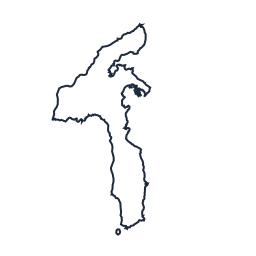 Dompu, Nusa Tenggara Barat, Indonesia, rotated 225°
{"feature_id": "22746128B31420255543838", "entity_name": "Dompu", "entity_type": "district", "adm_level": 2, "iso_a3": "IDN", "parent_name": "Indonesia", "parent_adm1": "Nusa Tenggara Barat", "projection": "natural_earth1", "projection_center": [118.191, -8.494], "detail": "fine", "context": "isolated", "style": "outline", "palette": "slate", "viewbox_px": 256, "rotation_deg": 225, "n_neighbors": 0, "source": "geoboundaries", "source_scale": "gbopen_adm2", "svg_char_len": 5970}
<svg xmlns="http://www.w3.org/2000/svg" viewBox="0 0 256 256"><g transform="rotate(225 128 128)"><path d="M187.3,80.7L186.6,81.2L186.7,82.1L186.1,82.9L185.1,82.6L184.8,83.3L183.9,83.8L183.2,84.7L181.4,85.3L180.8,86.7L176.8,88.4L176.7,90.1L177.1,91.2L176.8,92.3L177.0,93.1L176.5,94.1L175.4,94.7L174.2,94.7L172.4,95.5L171.8,96.0L171.5,97.5L171.0,98.4L170.5,98.2L170.5,97.7L169.5,96.7L167.8,97.0L167.3,97.6L167.6,99.1L167.2,100.2L167.5,100.8L167.0,101.3L166.2,101.2L165.1,100.0L165.4,101.3L164.1,102.2L163.9,102.9L164.0,103.6L165.0,104.5L164.5,105.4L165.1,106.2L164.7,107.0L164.5,108.3L165.1,109.5L163.8,109.6L162.8,110.8L162.5,110.8L162.4,112.4L161.5,112.6L161.5,113.3L160.7,114.4L159.7,114.5L159.4,115.0L157.8,115.9L156.8,116.0L156.0,116.6L155.0,116.0L154.3,116.1L153.7,115.5L151.1,116.4L150.6,117.0L149.3,116.3L147.6,116.2L146.8,116.6L143.9,116.0L140.3,112.1L138.3,111.3L137.1,111.4L136.2,110.3L134.8,109.6L133.2,109.6L132.1,107.6L131.9,106.2L127.9,105.1L125.6,103.7L122.7,100.2L117.5,97.2L115.1,94.9L112.4,88.8L111.4,87.3L109.3,85.9L106.5,84.7L102.2,81.8L100.0,79.4L98.7,77.0L96.0,74.1L94.6,71.2L93.0,70.3L92.6,69.4L91.9,70.2L90.5,69.9L89.5,70.6L86.9,69.9L85.9,70.9L84.4,71.0L80.2,69.4L76.4,66.0L73.7,64.0L71.4,60.9L69.2,60.4L68.7,59.6L67.3,58.7L64.8,54.8L62.0,55.6L60.2,57.3L59.1,56.7L58.9,55.4L58.1,56.1L57.3,56.1L57.9,57.8L56.4,59.0L56.8,60.8L55.3,62.9L55.4,64.7L54.9,65.6L54.8,67.2L54.2,68.8L54.8,69.8L54.8,70.8L52.9,72.1L52.3,73.6L51.4,73.8L52.0,75.2L52.9,75.6L55.1,75.5L55.5,76.0L55.3,76.3L55.2,75.7L55.4,76.6L56.1,76.5L57.5,77.5L59.1,79.3L59.5,81.5L60.6,83.2L64.6,85.2L65.3,86.7L66.3,87.6L66.2,88.8L66.5,89.8L68.1,91.1L68.9,92.7L70.4,93.8L70.6,94.4L74.1,98.2L74.3,99.6L74.0,101.2L74.3,101.9L74.6,100.7L75.7,100.5L76.4,101.1L76.0,102.6L78.6,102.3L79.4,102.5L81.0,103.8L81.4,104.9L83.0,106.5L84.8,107.9L87.6,109.0L88.5,110.8L89.8,112.0L91.4,112.5L92.1,113.6L94.8,115.2L97.3,115.8L101.3,118.2L101.4,119.5L102.1,119.7L103.5,121.9L104.5,122.1L109.2,120.7L110.4,119.9L111.8,119.7L112.5,120.0L114.1,119.2L114.9,119.5L115.9,119.1L119.8,118.7L120.9,119.1L121.8,119.0L124.0,121.9L124.3,123.8L125.1,125.1L125.3,125.8L125.0,126.1L125.3,126.4L125.3,127.2L126.0,128.3L126.8,128.6L127.5,128.4L128.1,128.0L128.6,126.7L128.5,125.9L129.1,125.6L129.3,126.2L129.7,126.2L130.6,125.5L130.6,126.6L130.2,127.1L131.2,128.6L131.6,128.6L131.7,129.1L131.3,129.3L132.0,130.3L132.0,131.1L132.7,132.2L133.4,132.7L134.2,132.6L136.7,134.5L137.9,134.9L139.4,136.1L140.2,137.4L140.2,139.1L140.9,140.6L140.6,141.2L140.7,142.5L141.9,144.1L143.4,144.1L143.7,143.3L143.5,142.3L144.2,141.7L144.2,140.6L144.6,140.2L145.9,140.2L146.7,140.9L147.1,140.2L148.3,140.0L151.8,143.3L152.1,147.5L154.4,147.1L155.2,147.7L155.9,147.4L156.6,148.2L157.0,148.2L157.2,149.0L157.0,149.5L158.8,154.2L158.8,155.5L158.0,158.1L157.3,159.2L156.5,159.4L155.8,157.8L155.3,157.8L155.2,158.7L154.6,159.0L155.5,159.5L155.5,160.1L156.3,161.2L155.6,162.2L154.6,162.6L153.3,160.9L152.7,161.6L152.9,162.9L151.7,164.1L151.1,163.4L151.6,162.6L151.1,161.1L150.2,160.6L150.3,161.2L149.5,161.6L149.7,162.0L149.3,162.4L148.2,162.0L148.1,161.6L147.9,161.8L147.8,162.4L148.4,162.8L148.1,163.9L146.8,164.1L146.7,163.3L146.6,163.8L146.2,163.9L146.2,163.5L145.2,165.0L144.4,164.7L143.7,165.4L143.0,164.9L141.9,165.2L141.3,164.6L139.8,164.2L138.6,161.6L138.9,163.5L138.8,164.7L139.3,166.4L138.8,167.4L139.0,169.3L140.1,170.5L140.9,172.3L146.0,171.3L147.0,171.4L147.7,172.0L148.9,171.4L150.2,171.7L155.9,169.6L159.1,170.2L163.4,169.7L164.5,170.4L164.5,171.4L166.5,172.9L166.9,173.8L167.5,173.2L167.6,171.3L169.2,170.8L170.6,167.8L171.5,167.6L172.6,168.0L173.7,168.7L174.2,169.9L174.4,169.5L174.8,170.0L176.3,167.6L177.8,167.5L178.2,166.5L179.1,166.5L180.0,165.3L180.2,164.5L179.9,163.7L177.3,163.2L176.4,161.4L176.4,160.9L177.3,159.7L175.4,154.9L175.7,153.6L176.6,152.1L177.2,151.7L178.1,151.7L178.2,153.2L178.5,153.6L178.5,154.3L178.7,154.5L179.5,154.6L180.6,154.1L180.5,155.1L180.9,155.4L182.1,155.0L182.8,155.2L183.0,155.6L182.9,157.6L183.7,160.5L182.2,162.3L183.0,162.6L183.1,163.2L183.7,163.1L183.7,164.0L184.9,165.6L184.5,166.9L182.7,168.0L182.2,169.5L184.0,173.6L184.1,175.3L182.4,177.0L181.7,178.6L181.0,180.1L180.2,183.5L177.7,185.1L176.9,184.4L176.5,184.4L174.6,186.3L173.9,187.7L174.9,188.5L175.4,189.5L175.2,191.3L175.8,192.8L175.3,194.1L175.3,196.4L175.6,197.1L175.3,197.7L175.8,199.2L178.1,203.0L181.2,206.2L182.2,207.0L183.7,207.3L185.5,208.7L188.0,209.7L189.3,209.7L190.2,208.6L191.1,208.8L191.3,209.1L191.1,210.7L191.8,209.8L193.1,209.7L192.6,207.3L192.9,206.0L192.6,204.0L193.0,202.7L192.8,200.3L193.5,199.2L194.0,196.3L195.5,195.2L195.8,193.3L197.1,190.9L197.0,188.8L196.0,186.7L197.2,184.7L198.5,183.9L197.3,182.5L197.7,182.2L198.4,179.4L199.4,174.2L200.7,171.2L203.5,167.2L203.0,163.8L203.4,160.4L201.4,159.5L200.5,158.4L200.2,155.4L200.7,153.3L198.8,151.0L198.1,149.2L198.7,147.2L197.9,144.6L198.3,143.0L197.8,142.8L197.3,140.0L195.7,137.3L195.5,136.4L196.2,134.8L197.7,133.4L198.4,133.1L199.5,131.5L199.3,129.3L199.7,127.8L199.5,126.3L197.4,121.3L197.3,117.7L198.8,115.9L199.8,115.7L201.4,114.3L204.0,109.8L204.6,107.3L201.9,101.3L198.3,99.1L194.6,95.2L193.4,92.9L192.6,89.0L192.1,87.4L189.8,85.4L187.7,81.3L187.3,80.7ZM61.6,45.3L59.7,45.6L59.3,47.3L60.0,48.9L62.3,50.1L63.5,49.2L63.8,47.7L62.4,45.8L61.6,45.3ZM144.4,159.2L144.0,158.4L143.2,158.1L143.2,158.6L142.8,159.1L143.4,159.6L142.6,159.4L142.6,159.8L142.1,159.9L142.1,160.4L143.6,160.6L144.7,161.5L145.2,161.0L144.8,160.1L145.4,158.2L144.4,158.1L144.5,158.7L144.4,159.2ZM146.6,159.9L146.4,159.5L146.4,159.9L145.8,160.0L145.8,160.3L145.4,160.6L147.4,161.3L147.5,161.7L146.9,161.8L147.3,162.4L147.9,161.7L147.6,160.4L146.6,159.9ZM177.8,154.5L178.3,153.8L178.1,152.8L177.5,153.7L177.8,154.5ZM147.8,158.2L146.8,157.7L146.7,158.0L147.3,158.7L147.2,159.6L146.7,159.5L147.2,160.0L147.5,158.3L147.8,158.2ZM147.5,160.0L148.0,159.7L147.8,159.4L147.5,160.0ZM150.4,159.6L150.3,159.1L150.1,158.7L150.1,158.9L150.4,159.6Z" fill="none" stroke="#1e293b" stroke-width="2"/></g></svg>